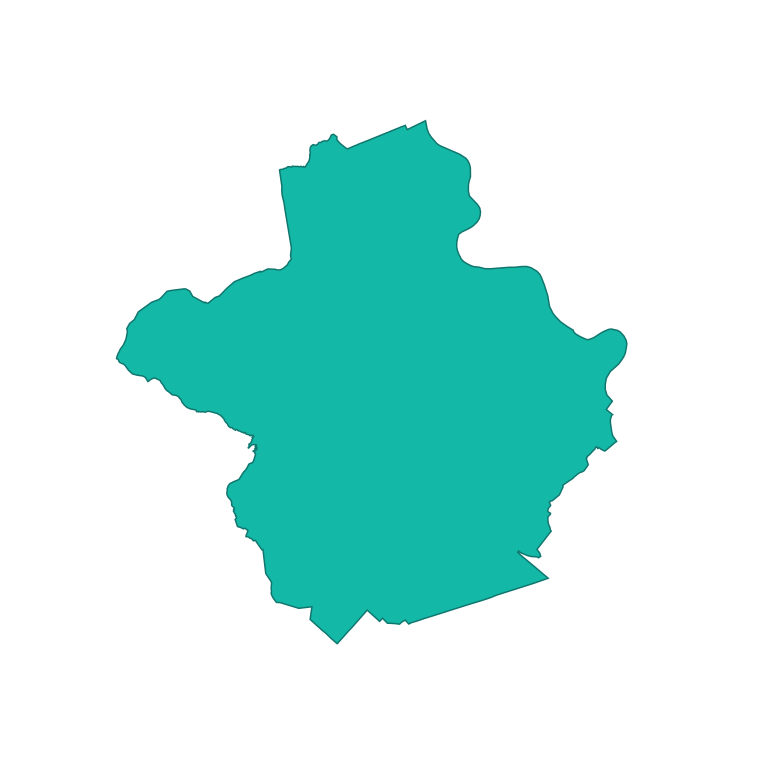 Seini, Satu Mare, Romania, rotated 214°
{"feature_id": "2599482B17607964095904", "entity_name": "Seini", "entity_type": "district", "adm_level": 2, "iso_a3": "ROU", "parent_name": "Romania", "parent_adm1": "Satu Mare", "projection": "mercator", "projection_center": [23.303, 47.754], "detail": "fine", "context": "isolated", "style": "filled", "palette": "teal", "viewbox_px": 768, "rotation_deg": 214, "n_neighbors": 0, "source": "geoboundaries", "source_scale": "gbopen_adm2", "svg_char_len": 6171}
<svg xmlns="http://www.w3.org/2000/svg" viewBox="0 0 768 768"><g transform="rotate(214 384 384)"><path d="M496.8,625.5L507.0,607.9L511.1,610.3L511.4,609.6L513.2,607.2L533.1,577.5L539.7,567.9L540.3,566.7L541.3,565.4L545.8,558.4L547.9,558.3L554.9,558.9L558.9,559.9L560.0,560.6L561.3,562.6L565.4,562.8L566.0,562.2L566.9,560.9L566.4,558.3L566.3,556.7L566.8,553.7L569.1,552.5L570.6,551.0L571.0,550.3L571.3,548.9L572.3,548.5L573.0,547.8L573.0,545.8L573.8,544.1L574.4,543.6L576.6,542.8L577.4,540.8L577.3,538.7L576.1,536.4L573.9,533.7L573.8,532.4L572.7,531.4L571.1,527.7L570.8,526.2L570.8,521.8L570.5,520.1L570.6,519.8L571.7,519.3L572.2,519.5L572.5,518.8L573.2,518.1L574.5,518.1L575.6,516.8L577.1,516.2L580.2,514.1L581.8,513.4L581.9,512.9L581.7,512.4L582.8,511.6L583.4,511.6L585.2,510.3L585.5,509.8L585.6,508.7L587.4,506.7L588.2,505.1L589.9,503.9L590.3,503.0L578.4,489.9L578.3,489.2L576.0,486.0L573.7,483.3L568.1,478.2L563.6,473.2L537.5,445.7L536.4,444.2L533.7,438.9L532.8,437.7L530.6,435.6L531.1,432.3L530.8,428.5L532.1,423.7L533.5,421.0L535.4,419.3L538.6,418.1L544.7,414.4L547.6,409.4L549.0,407.8L549.5,408.2L553.2,403.4L555.8,399.0L560.2,392.9L565.2,385.2L567.7,375.9L569.7,365.0L572.4,361.3L575.1,352.3L578.2,351.8L578.3,350.9L591.6,349.6L597.0,352.4L601.3,352.0L602.8,351.2L611.9,343.3L615.7,339.6L616.8,332.2L617.7,328.4L622.3,321.9L628.0,306.4L627.0,297.8L628.7,291.9L628.2,286.0L627.0,285.1L625.5,282.9L623.0,276.9L621.9,271.0L622.1,265.4L621.6,262.5L621.5,260.9L620.7,257.3L619.9,255.5L619.6,255.4L618.7,255.8L618.1,255.7L615.9,254.3L614.9,254.1L611.1,254.8L609.0,254.6L603.4,252.5L598.1,251.7L593.3,253.4L588.8,255.6L587.0,256.0L585.2,255.9L581.2,254.0L580.8,254.4L580.4,256.2L579.6,258.0L578.5,259.7L577.7,260.6L576.4,261.1L574.5,261.2L572.0,261.8L569.1,260.4L567.6,260.1L564.3,258.6L563.0,257.8L560.4,257.1L558.6,257.2L553.5,256.6L550.0,258.3L547.9,258.6L543.4,257.4L540.8,255.7L539.2,255.4L538.1,254.9L534.2,254.4L530.5,255.1L525.7,257.2L524.8,257.0L524.0,256.3L522.9,257.0L522.2,257.1L521.7,257.8L519.7,258.7L518.5,260.0L516.5,260.5L515.2,262.5L513.4,263.7L505.5,266.4L504.0,266.3L502.6,266.7L499.9,266.2L497.0,265.5L496.2,264.8L493.6,263.7L492.0,263.6L489.4,262.1L487.0,261.9L485.5,262.9L484.5,262.5L481.3,262.6L480.9,263.9L480.6,264.1L478.6,263.7L477.7,264.3L474.8,264.6L473.7,265.1L472.7,265.0L472.4,265.2L472.3,265.9L471.7,266.3L470.6,265.5L469.9,265.5L467.8,266.4L466.3,266.2L465.7,266.6L465.6,267.3L464.5,267.5L463.9,268.2L462.6,267.4L463.5,266.1L462.3,265.6L462.5,264.2L461.9,263.2L461.5,260.5L462.3,258.6L462.0,258.1L461.0,257.0L460.9,255.2L460.6,255.1L460.4,255.3L459.7,259.0L458.8,260.4L458.1,261.0L455.8,262.2L455.4,261.5L455.9,261.0L455.9,260.2L455.5,260.0L455.1,260.8L454.7,260.5L455.0,258.2L454.8,258.1L454.5,258.6L454.3,260.0L454.0,260.3L453.5,260.1L453.0,258.5L453.1,257.3L453.3,257.1L453.7,257.3L454.7,255.9L455.0,255.2L454.6,254.9L453.7,255.4L453.1,255.3L452.5,254.5L451.5,254.1L451.1,253.7L449.1,247.1L449.1,246.2L449.3,245.3L449.2,244.5L450.0,244.1L450.8,242.9L451.2,241.8L450.8,239.2L450.6,234.9L451.2,232.6L450.9,224.6L451.0,223.5L454.4,218.3L456.0,215.3L456.1,214.8L456.2,212.6L455.4,209.4L454.7,208.5L453.2,205.5L452.0,204.3L449.8,203.0L446.6,202.2L444.9,201.4L444.1,200.6L442.4,198.2L438.5,197.3L438.3,196.7L438.6,195.9L438.3,195.4L437.5,194.9L437.7,194.6L437.6,194.3L433.4,192.3L433.3,192.1L433.5,191.8L433.2,191.5L431.6,191.0L431.3,190.4L431.7,188.5L426.4,184.4L425.8,184.0L425.1,184.0L423.1,184.8L419.6,185.3L419.3,185.5L419.0,186.2L418.2,186.8L416.3,186.4L414.8,186.4L414.0,183.5L413.8,181.8L413.1,180.3L411.5,181.1L410.5,181.3L408.5,181.2L407.8,181.6L407.0,181.7L404.6,180.9L403.1,182.5L401.5,181.7L392.6,178.3L392.2,178.3L391.7,179.0L376.5,161.3L375.7,160.6L366.8,157.0L365.6,155.6L363.4,151.7L361.1,148.8L360.7,147.6L359.6,146.6L358.3,145.7L355.6,144.3L351.0,142.8L348.1,144.6L329.2,150.4L319.2,159.0L313.6,147.5L297.3,145.2L292.5,144.8L286.2,143.6L277.8,142.5L277.5,142.8L275.2,159.9L274.4,164.5L271.5,187.1L254.9,184.8L254.2,189.0L247.5,187.6L241.3,191.3L236.8,193.6L236.2,196.5L234.4,200.1L229.2,198.9L227.7,201.6L224.0,206.1L220.1,211.3L188.8,250.7L182.3,258.6L176.0,266.8L172.7,271.8L147.2,304.1L139.3,314.8L174.3,318.5L179.0,319.3L179.0,320.8L177.4,320.6L175.6,320.7L169.1,322.0L165.3,323.4L162.5,325.0L161.1,326.0L159.9,326.3L158.8,326.3L157.7,328.7L160.2,330.8L164.7,332.5L163.3,353.6L163.1,355.5L164.2,355.9L166.6,358.2L168.6,359.3L170.5,361.0L172.3,363.2L173.4,364.8L173.8,366.1L173.3,368.4L173.4,369.7L174.2,370.0L176.4,369.8L177.1,370.2L177.8,371.5L178.3,373.7L177.9,375.5L177.9,376.4L178.9,377.3L180.6,378.2L180.9,378.5L180.9,379.0L180.4,380.0L179.1,381.6L176.6,390.2L178.0,398.8L178.3,399.2L179.1,399.7L179.2,400.0L174.9,410.8L174.5,412.1L174.4,413.1L172.9,418.3L171.7,420.7L170.5,422.1L169.6,424.2L169.5,430.5L169.7,431.5L174.7,435.3L174.5,436.0L174.8,437.1L175.1,437.2L174.3,439.7L173.9,441.4L173.5,444.6L172.8,447.8L173.0,448.9L173.0,450.1L172.6,450.9L170.6,450.1L170.0,451.5L167.4,451.3L163.6,451.8L163.0,453.0L159.8,464.4L159.0,466.5L165.3,468.9L168.2,471.4L174.2,478.0L175.6,479.8L176.5,481.4L177.0,482.8L177.9,486.0L177.5,486.4L185.5,487.2L185.1,497.5L193.0,499.5L197.5,503.2L200.3,507.3L202.9,513.1L203.4,520.8L200.6,531.9L200.4,537.0L200.5,540.8L201.3,544.7L203.3,549.4L205.2,553.2L207.8,555.7L212.1,558.0L217.2,559.2L220.1,559.1L226.1,556.8L228.1,555.1L230.6,551.4L232.6,547.7L236.1,539.5L239.1,535.3L241.1,534.1L247.8,533.0L252.3,532.7L254.6,532.9L256.1,533.5L257.2,534.4L264.3,534.1L272.4,534.3L279.5,535.8L283.4,537.0L290.1,540.8L297.7,548.8L306.5,555.8L313.2,560.4L316.3,562.1L320.2,563.0L327.3,562.6L331.5,561.2L336.0,558.0L341.0,553.8L345.7,550.6L360.5,538.8L364.9,536.0L370.8,533.9L375.1,531.5L378.8,530.6L383.9,530.0L386.9,530.1L389.9,530.8L394.7,533.5L398.1,536.0L400.4,538.3L402.8,542.0L404.5,545.9L405.8,549.8L404.6,553.4L400.0,561.4L398.6,564.8L397.4,570.3L397.5,574.4L398.6,577.6L400.4,580.9L403.3,583.6L407.0,585.1L418.0,587.5L420.2,589.4L422.3,591.6L425.5,596.6L426.9,599.9L428.2,604.2L433.4,611.7L436.3,614.2L439.6,616.1L442.4,616.9L449.6,616.8L470.0,613.0L472.1,612.8L474.8,612.9L482.9,615.1L487.2,616.9L490.8,619.5L496.8,625.5Z" fill="#14b8a6" stroke="#0f766e" stroke-width="1.5"/></g></svg>